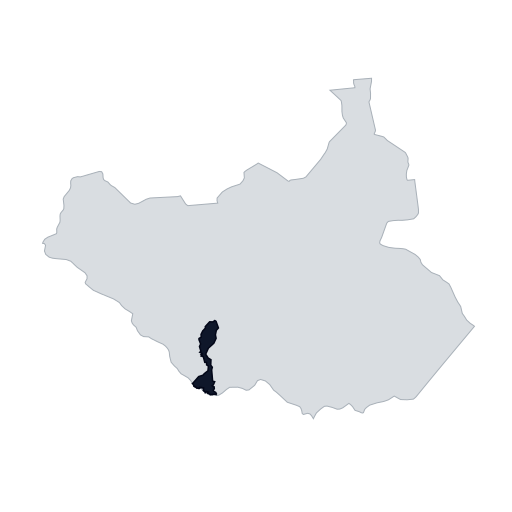 Nzara, Western Equatoria, South Sudan (highlighted), rotated 355°
{"feature_id": "79223893B44878437184267", "entity_name": "Nzara", "entity_type": "district", "adm_level": 2, "iso_a3": "SSD", "parent_name": "South Sudan", "parent_adm1": "Western Equatoria", "projection": "albers", "projection_center": [28.083, 5.312], "detail": "fine", "context": "in_parent", "style": "filled", "palette": "ink", "viewbox_px": 512, "rotation_deg": 355, "n_neighbors": 0, "source": "geoboundaries", "source_scale": "gbopen_adm2", "svg_char_len": 6485}
<svg xmlns="http://www.w3.org/2000/svg" viewBox="0 0 512 512"><g transform="rotate(355 256 256)"><path d="M418.7,394.3L403.3,410.1L402.2,411.0L400.3,412.3L394.0,412.4L387.5,411.6L381.5,407.6L375.4,410.8L371.6,411.8L369.3,412.2L363.8,412.8L356.2,414.5L352.8,416.6L350.9,418.3L349.4,421.4L348.6,421.7L347.2,421.3L345.3,420.1L341.2,418.4L339.1,414.5L337.2,412.2L335.7,410.9L329.2,414.8L326.1,415.8L323.5,415.7L318.8,413.5L313.7,411.7L311.0,411.7L307.0,414.1L302.5,417.6L300.2,421.0L299.0,423.1L297.4,419.9L295.9,418.0L293.7,417.2L289.4,418.0L288.3,416.9L288.1,414.2L287.5,411.8L286.4,409.9L283.0,408.1L274.4,404.4L267.7,396.9L264.4,393.4L261.9,391.2L258.5,385.3L254.5,381.3L249.8,379.4L246.6,380.3L243.4,384.7L237.3,388.8L234.5,388.9L230.9,386.7L226.4,385.1L218.3,384.5L214.9,386.4L210.6,389.5L206.8,391.4L204.5,391.6L202.4,390.9L200.0,390.5L197.9,390.4L193.5,387.5L191.3,385.5L189.8,383.4L187.3,382.1L184.5,380.9L182.4,379.1L181.4,376.9L179.8,374.0L177.7,371.4L171.1,366.8L169.1,364.0L167.8,361.3L165.1,358.4L162.2,354.4L161.3,348.6L161.2,344.0L160.6,341.8L159.3,339.6L157.9,337.8L155.6,335.7L150.2,332.7L144.7,329.3L142.0,327.2L137.0,326.5L134.0,324.5L131.4,320.1L130.4,316.6L127.9,313.9L126.8,312.0L126.2,309.7L128.2,302.8L125.3,300.4L120.9,297.2L117.8,293.7L115.9,290.5L110.3,286.3L98.1,280.0L91.0,276.0L87.2,272.3L83.8,268.8L83.5,267.4L85.7,263.9L86.0,261.0L84.2,257.8L76.9,251.7L71.1,245.1L66.7,243.0L56.1,241.1L53.0,240.4L49.8,239.1L46.7,236.1L45.7,232.6L47.3,227.0L46.3,225.2L44.5,224.8L45.0,223.6L47.0,220.9L50.3,219.1L59.1,216.4L59.6,215.3L59.8,211.8L60.5,210.1L63.6,205.3L64.0,203.3L64.2,199.2L64.6,197.2L65.5,195.8L67.9,193.4L68.7,192.0L69.1,188.8L68.9,182.5L70.1,180.1L75.7,174.4L77.2,171.9L77.7,169.6L77.7,167.3L78.0,165.0L79.6,162.8L81.0,162.1L85.1,161.4L87.9,161.9L107.3,158.1L109.6,158.6L110.6,160.9L110.5,164.6L110.8,166.4L111.9,167.7L114.9,169.4L117.1,172.4L118.2,173.4L121.3,175.5L135.7,192.3L139.8,193.9L143.7,193.3L151.6,189.9L155.5,189.0L183.0,190.0L186.0,189.5L190.4,198.0L192.4,199.9L222.5,200.0L222.0,197.6L222.3,194.9L227.6,189.7L228.4,189.1L233.0,186.7L237.6,185.0L246.3,183.0L249.5,180.0L251.2,177.2L251.3,171.7L252.4,170.8L254.5,169.5L264.6,164.6L266.3,163.6L284.2,174.9L294.2,183.9L294.8,184.3L295.4,184.5L295.9,184.2L296.3,183.7L297.5,183.3L301.8,183.2L309.9,182.7L312.6,181.6L328.8,165.4L332.9,160.3L333.9,159.2L336.3,155.6L338.7,149.3L339.2,148.5L356.9,133.4L357.5,132.2L357.7,131.2L355.0,126.2L354.4,123.6L354.2,119.6L354.7,113.5L354.5,109.6L354.2,108.5L354.1,108.3L344.1,97.3L369.2,97.0L369.2,95.6L369.1,95.2L368.6,93.9L368.3,92.1L368.4,91.1L368.5,90.2L368.5,89.7L368.4,89.3L368.4,89.1L368.6,88.9L386.6,89.0L386.3,92.1L384.2,99.5L384.3,103.9L383.8,109.0L383.2,110.5L382.3,111.7L382.0,112.3L382.0,112.9L386.0,141.1L385.7,142.2L384.7,144.0L384.4,144.6L384.4,145.0L384.8,145.3L393.1,148.3L393.5,148.5L393.9,148.8L396.9,152.4L413.4,165.6L414.0,166.3L415.7,170.5L415.9,171.1L416.0,172.2L415.9,172.9L415.5,175.5L415.7,176.6L416.0,177.4L416.2,178.2L416.2,178.5L416.1,179.1L413.7,184.0L412.9,187.5L412.7,190.4L412.9,192.1L413.1,193.2L413.4,193.6L413.6,193.8L420.7,193.7L420.7,195.3L421.8,220.8L421.9,223.7L421.6,227.3L420.8,228.7L418.8,230.8L416.3,232.7L410.0,233.2L404.6,233.2L400.9,232.8L395.7,232.7L390.8,233.1L389.1,234.7L382.8,248.4L380.8,251.8L380.3,253.8L380.9,255.0L383.4,256.7L389.0,259.0L395.3,260.4L400.0,261.0L403.2,261.6L405.7,262.3L414.7,268.4L417.6,271.3L419.3,273.8L419.7,276.5L421.0,279.2L429.3,287.7L437.1,291.6L440.1,296.1L443.0,298.3L445.8,300.6L447.3,304.1L450.8,314.3L453.1,319.7L455.5,324.1L456.5,331.2L458.4,334.4L460.3,338.2L463.5,341.7L466.9,344.4L467.5,345.1L434.0,378.8L418.7,394.3Z" fill="#d9dde1" stroke="#a8b0b8" stroke-width="1"/><path d="M209.3,316.7L207.3,317.9L204.1,317.5L199.3,321.9L199.3,323.4L196.4,326.0L194.4,329.3L194.4,332.0L192.0,333.2L191.9,334.4L193.2,338.8L191.8,341.2L192.8,346.1L191.6,347.0L193.8,348.4L192.6,349.5L193.6,350.0L192.7,350.9L194.7,351.7L195.7,357.5L197.4,357.7L197.3,360.2L199.0,361.5L198.1,366.2L194.3,368.6L192.8,370.1L188.4,371.1L181.7,377.5L182.0,377.6L182.1,377.8L182.1,378.1L182.2,378.3L182.2,378.5L182.4,378.8L182.5,379.0L182.6,379.3L182.7,379.5L182.8,379.7L182.9,379.8L182.9,380.0L182.7,380.2L182.7,380.3L182.8,380.4L182.9,380.5L183.1,380.6L183.4,380.5L183.6,380.6L183.7,380.9L183.9,381.0L184.0,381.0L184.4,381.0L184.5,381.1L184.7,381.3L184.5,381.5L184.8,381.6L185.0,381.8L185.0,382.0L185.2,382.3L185.4,382.4L185.5,382.5L185.7,382.4L185.9,382.4L185.9,382.5L186.2,382.6L186.4,382.7L186.7,382.7L186.8,382.6L187.0,382.6L187.3,382.7L187.6,382.6L187.8,382.7L187.8,382.8L188.0,382.7L188.1,382.8L188.2,382.6L188.3,382.3L188.3,382.2L188.3,381.9L188.5,381.8L188.7,382.0L188.9,382.0L189.0,382.1L189.2,382.3L189.4,382.3L189.5,382.3L189.7,382.6L189.8,382.6L189.9,382.4L189.9,382.2L190.1,382.2L190.1,382.3L190.1,382.5L190.3,382.5L190.3,382.4L190.5,382.3L190.6,382.5L190.8,382.5L191.0,382.5L191.3,382.7L191.5,382.8L191.8,382.7L192.0,382.6L192.3,382.7L192.4,382.8L192.3,383.0L192.2,383.1L192.2,383.3L192.2,383.5L192.1,383.8L192.1,384.0L191.9,384.0L192.0,384.3L192.1,384.6L192.0,384.8L191.9,385.0L192.0,385.1L192.1,385.4L192.0,385.5L192.3,385.7L192.3,385.8L192.3,386.0L192.6,386.3L192.8,386.4L193.0,386.5L193.3,386.8L193.3,387.0L193.4,387.3L193.5,387.5L193.5,387.8L193.8,387.8L193.9,387.7L194.0,387.6L194.0,387.4L194.0,387.2L194.4,387.0L194.5,386.9L194.9,386.7L195.1,386.8L195.1,387.0L195.3,387.1L195.5,387.1L195.6,387.4L195.7,387.1L195.8,386.9L196.0,386.9L196.1,387.0L196.1,387.3L196.2,387.5L196.3,387.5L196.2,387.6L196.0,387.8L195.9,388.0L195.7,388.0L195.8,388.4L195.9,388.5L196.1,388.6L196.3,388.7L196.5,388.6L196.6,388.8L196.8,388.9L197.1,388.9L197.3,389.0L197.4,389.3L197.5,389.4L197.6,389.5L197.9,389.6L198.0,389.6L198.0,389.8L198.2,390.0L198.3,390.1L198.4,390.3L198.5,390.3L198.8,390.2L199.0,390.2L199.3,390.3L199.6,390.3L199.9,390.3L200.0,390.2L200.1,390.3L200.3,390.4L200.5,390.3L200.7,390.1L200.7,389.9L200.8,389.9L200.9,390.0L201.1,390.1L201.3,390.0L201.6,390.1L201.8,390.1L202.0,390.0L202.1,389.9L202.3,389.9L202.4,390.0L202.6,390.1L202.9,390.0L203.0,390.1L203.3,390.0L203.5,390.2L203.8,390.1L204.0,390.2L204.1,390.4L204.2,390.5L204.6,390.0L204.0,388.4L202.0,387.0L201.6,386.0L202.9,384.6L202.9,382.7L201.7,382.4L201.0,381.4L202.2,380.8L203.9,377.6L201.9,376.9L201.9,365.6L202.8,363.0L201.4,360.8L202.1,355.4L199.5,353.5L197.3,349.4L200.6,343.6L206.4,339.2L209.1,334.5L208.7,331.0L210.0,326.6L212.3,324.4L210.5,317.6L209.3,316.7Z" fill="#0f172a" stroke="#020617" stroke-width="1.5"/></g></svg>